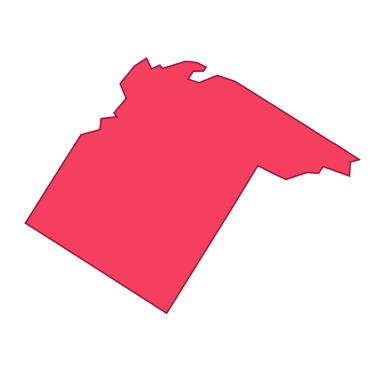 Conway, Arkansas, United States of America (Equal Earth projection), rotated 211°
{"feature_id": "52423323B98678441689198", "entity_name": "Conway", "entity_type": "district", "adm_level": 2, "iso_a3": "USA", "parent_name": "United States of America", "parent_adm1": "Arkansas", "projection": "equal_earth", "projection_center": [-92.701, 35.267], "detail": "fine", "context": "isolated", "style": "filled", "palette": "rose", "viewbox_px": 384, "rotation_deg": 211, "n_neighbors": 0, "source": "geoboundaries", "source_scale": "gbopen_adm2", "svg_char_len": 630}
<svg xmlns="http://www.w3.org/2000/svg" viewBox="0 0 384 384"><g transform="rotate(211 192 192)"><path d="M317.8,131.5L318.8,79.5L279.1,78.6L151.3,75.0L149.5,196.2L149.2,248.5L130.6,249.8L117.9,251.2L103.5,268.0L93.1,273.3L92.8,281.3L65.2,286.8L71.7,299.1L65.3,305.9L92.3,306.8L100.5,306.6L124.6,307.3L211.8,309.0L230.3,305.0L242.2,289.3L253.6,286.7L253.0,296.3L244.5,301.5L244.2,306.3L254.5,305.5L264.6,300.9L281.0,282.6L284.9,284.2L290.1,276.6L299.9,283.3L306.2,270.1L309.4,247.9L296.6,238.4L299.6,219.5L295.3,217.7L307.7,208.1L303.0,198.1L316.6,183.9L317.8,131.5Z" fill="#f43f5e" stroke="#9f1239" stroke-width="1.5"/></g></svg>